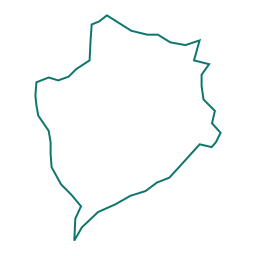 Akaki, Nicosia, Cyprus
{"feature_id": "46923920B34645975102782", "entity_name": "Akaki", "entity_type": "district", "adm_level": 2, "iso_a3": "CYP", "parent_name": "Cyprus", "parent_adm1": "Nicosia", "projection": "orthographic", "projection_center": [33.13, 35.134], "detail": "fine", "context": "isolated", "style": "outline", "palette": "teal", "viewbox_px": 256, "rotation_deg": 0, "n_neighbors": 0, "source": "geoboundaries", "source_scale": "gbopen_adm2", "svg_char_len": 668}
<svg xmlns="http://www.w3.org/2000/svg" viewBox="0 0 256 256"><path d="M91.7,24.5L90.5,41.3L89.6,60.4L76.3,69.0L68.7,76.6L58.2,80.4L48.7,77.5L36.4,82.3L35.4,95.7L36.4,105.2L38.3,115.7L48.7,130.9L50.6,142.4L50.6,153.8L51.6,167.2L61.1,184.4L71.5,194.9L81.0,206.3L75.3,218.7L74.3,240.6L81.9,227.3L98.1,212.0L115.2,204.4L130.4,195.8L145.6,191.0L157.0,182.5L169.3,177.7L180.7,165.3L190.2,154.8L199.7,144.3L211.6,147.1L215.8,142.4L220.6,132.8L212.0,123.3L214.9,110.9L203.5,99.5L201.6,86.1L201.6,74.7L209.1,64.2L194.0,60.4L199.6,40.4L185.4,45.1L170.2,42.3L157.9,34.7L147.4,34.7L131.3,30.8L106.9,15.4L99.0,21.5L91.7,24.5Z" fill="none" stroke="#0f766e" stroke-width="2"/></svg>